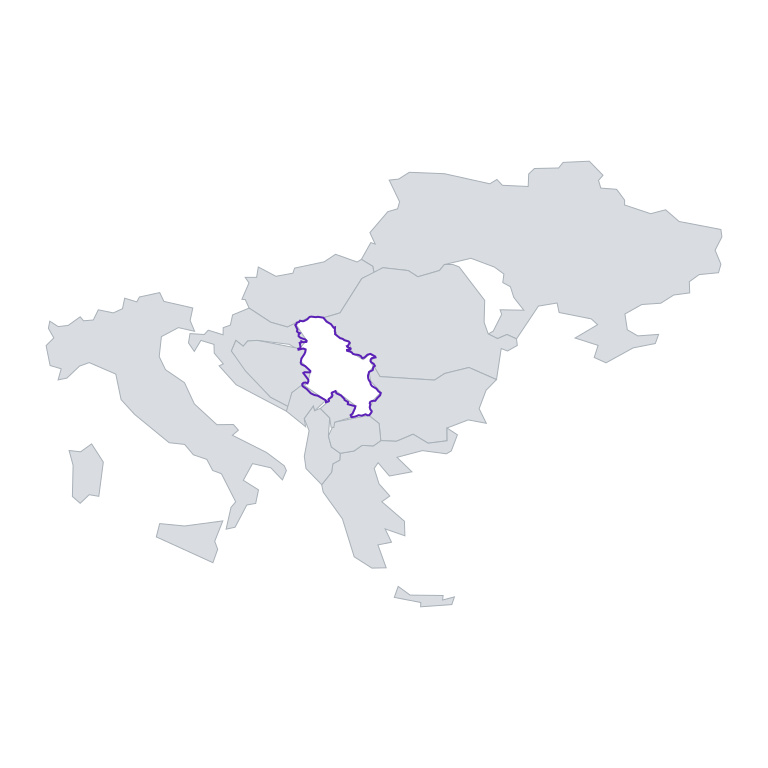 map of Republic of Serbia with Ukraine, Hungary, Romania and 9 others greyed out
{"feature_id": "SRB", "entity_name": "Republic of Serbia", "entity_type": "country or territory", "adm_level": 0, "iso_a3": "SRB", "parent_name": "Europe", "parent_adm1": "", "projection": "robinson", "projection_center": [20.755, 44.206], "detail": "medium", "context": "with_neighbors", "style": "outline", "palette": "violet", "viewbox_px": 768, "rotation_deg": 0, "n_neighbors": 12, "source": "natural_earth", "source_scale": "50m", "svg_char_len": 7149}
<svg xmlns="http://www.w3.org/2000/svg" viewBox="0 0 768 768"><path d="M627.3,329.8L637.8,335.9L658.6,334.4L655.3,343.5L633.1,347.9L606.0,362.8L594.2,357.5L598.1,345.4L575.1,338.0L597.6,324.7L591.3,318.9L559.1,312.5L557.1,303.0L538.4,306.1L516.5,338.9L507.0,334.5L497.5,338.6L488.2,333.9L493.2,331.2L501.7,314.4L500.1,309.8L523.8,310.2L513.8,297.4L510.4,286.7L502.8,282.6L503.9,274.0L494.5,267.1L471.0,258.3L444.4,264.5L439.5,270.5L417.8,276.8L408.3,270.6L382.8,267.7L374.1,273.1L372.7,266.3L361.4,259.4L370.8,242.6L375.2,244.1L369.9,232.6L387.8,211.7L397.6,208.8L399.6,201.8L389.2,180.1L398.6,179.1L409.3,172.3L444.4,173.7L489.8,183.8L496.9,179.5L502.4,185.3L528.2,186.5L528.7,174.0L534.4,168.5L558.6,168.0L563.1,162.4L589.3,161.2L603.0,175.3L598.5,180.4L600.8,188.1L616.6,189.3L624.6,200.1L624.6,205.0L650.7,213.7L665.6,209.8L679.1,221.5L720.9,229.5L721.9,236.9L715.1,250.2L720.9,264.2L718.5,272.7L699.1,274.6L689.3,281.7L689.7,292.9L673.7,295.0L660.8,303.2L641.8,304.5L624.9,314.0L627.3,329.8Z" fill="#d9dde1" stroke="#a8b0b8" stroke-width="1"/><path d="M361.4,259.4L372.7,266.3L374.1,273.1L361.8,278.5L340.0,312.9L323.6,317.7L310.9,316.6L287.4,327.0L270.6,322.2L249.1,308.1L245.3,299.6L241.9,299.3L249.0,282.9L245.2,277.4L256.6,277.4L258.3,267.0L275.9,276.3L292.9,273.2L294.6,268.1L324.2,261.8L335.5,254.3L357.1,262.0L361.4,259.4Z" fill="#d9dde1" stroke="#a8b0b8" stroke-width="1"/><path d="M488.2,333.9L497.5,338.6L507.0,334.5L516.5,338.9L517.3,345.4L507.5,351.0L501.2,348.5L496.5,379.6L468.9,367.5L444.6,373.5L434.5,380.1L380.0,376.6L370.1,361.5L374.9,357.2L369.7,354.0L363.3,359.7L351.2,352.3L349.6,341.7L337.0,335.8L334.7,327.7L323.6,317.7L340.0,312.9L361.8,278.5L382.8,267.7L408.3,270.6L417.8,276.8L439.5,270.5L444.4,264.5L452.9,264.5L459.2,267.0L484.7,300.4L484.1,322.3L488.2,333.9Z" fill="#d9dde1" stroke="#a8b0b8" stroke-width="1"/><path d="M373.9,366.0L380.0,376.6L434.5,380.1L444.6,373.5L468.9,367.5L496.5,379.6L486.1,390.2L479.1,408.7L486.3,423.3L468.2,419.9L447.0,428.0L447.1,440.8L428.1,443.2L413.1,434.2L396.4,441.3L380.8,440.6L379.1,423.5L368.6,415.3L372.0,411.7L369.7,408.6L373.1,400.4L381.0,392.4L370.8,381.3L368.9,371.9L373.9,366.0Z" fill="#d9dde1" stroke="#a8b0b8" stroke-width="1"/><path d="M454.4,596.9L451.8,604.6L420.6,606.8L420.8,602.5L394.3,597.4L398.2,586.4L410.1,595.1L443.1,595.5L442.6,600.0L454.4,596.9ZM380.8,440.6L396.4,441.3L413.1,434.2L428.1,443.2L447.1,440.8L447.0,428.0L457.4,434.8L451.3,450.9L446.4,453.8L422.5,450.6L397.0,457.3L411.9,471.8L389.4,476.0L378.1,462.7L374.2,468.4L379.0,483.8L389.8,496.0L381.8,501.7L404.4,521.2L404.9,535.8L385.1,528.9L391.5,542.2L377.9,544.9L386.2,567.8L371.9,568.1L354.2,556.8L342.4,518.8L323.2,492.1L321.7,484.7L331.6,472.2L332.9,463.8L339.8,460.1L340.2,453.3L354.0,451.0L362.0,445.4L373.4,445.9L380.8,440.6Z" fill="#d9dde1" stroke="#a8b0b8" stroke-width="1"/><path d="M340.2,453.3L339.8,460.1L332.9,463.8L331.6,472.2L321.7,484.7L306.0,468.5L304.3,456.3L309.1,430.7L304.2,418.5L313.4,405.8L314.7,410.7L320.3,408.4L329.7,417.9L328.4,436.0L331.4,447.0L340.2,453.3Z" fill="#d9dde1" stroke="#a8b0b8" stroke-width="1"/><path d="M249.1,308.1L270.6,322.2L287.4,327.0L295.1,323.2L306.5,340.3L298.5,349.9L289.2,344.3L257.4,340.4L247.7,341.0L243.2,346.2L235.9,340.4L231.4,351.0L270.4,397.1L288.8,406.8L286.4,411.2L236.1,384.7L219.1,365.8L223.3,363.9L214.2,353.1L214.0,344.4L200.9,340.4L194.3,351.4L188.5,342.9L190.0,333.6L204.3,334.5L208.2,330.2L223.1,334.8L223.2,327.7L230.4,325.1L232.6,314.9L249.1,308.1Z" fill="#d9dde1" stroke="#a8b0b8" stroke-width="1"/><path d="M124.7,298.2L136.8,301.9L139.4,297.0L159.7,292.6L163.9,301.4L192.8,308.0L190.1,320.5L194.6,331.3L178.4,327.6L161.4,336.6L159.2,356.6L165.5,369.7L184.5,382.7L194.3,403.9L216.9,424.7L233.4,424.5L238.4,430.2L232.4,435.3L266.4,452.4L284.3,465.8L286.4,470.6L282.4,479.9L270.8,467.8L252.5,463.6L243.3,480.3L258.5,489.9L255.7,503.4L246.8,505.0L235.1,527.2L226.1,529.2L231.0,507.4L235.7,501.8L221.4,473.7L212.7,470.5L206.8,459.4L193.4,454.8L184.6,444.4L169.1,442.7L134.6,414.4L121.1,399.6L115.8,374.1L89.2,362.6L79.5,366.1L66.9,378.1L58.1,379.9L61.2,368.8L50.1,365.5L46.1,345.6L53.8,337.9L48.4,328.3L49.8,321.2L58.2,326.6L68.2,325.4L80.2,316.8L83.5,320.8L93.3,320.0L98.3,309.8L113.3,312.9L122.5,308.7L124.7,298.2ZM184.6,526.0L222.8,520.9L214.7,541.3L217.7,549.3L212.9,562.7L156.3,536.9L159.7,523.6L184.6,526.0ZM80.6,451.8L91.6,443.9L103.3,462.1L98.8,496.3L89.2,494.7L80.2,503.3L72.4,496.5L73.1,465.3L69.1,450.5L80.6,451.8Z" fill="#d9dde1" stroke="#a8b0b8" stroke-width="1"/><path d="M288.8,406.8L270.4,397.1L245.5,371.0L231.4,351.0L235.9,340.4L243.2,346.2L247.7,341.0L257.4,340.4L306.0,349.9L300.7,361.2L310.6,371.1L307.6,383.2L291.9,392.6L288.8,406.8Z" fill="#d9dde1" stroke="#a8b0b8" stroke-width="1"/><path d="M368.6,415.3L379.1,423.5L380.8,440.6L373.4,445.9L362.0,445.4L354.0,451.0L340.2,453.3L331.4,447.0L328.4,436.0L334.7,422.2L368.6,415.3Z" fill="#d9dde1" stroke="#a8b0b8" stroke-width="1"/><path d="M325.9,400.4L314.7,410.7L313.4,405.8L304.2,418.5L305.6,426.7L286.4,411.2L291.9,392.6L302.7,384.3L325.9,400.4Z" fill="#d9dde1" stroke="#a8b0b8" stroke-width="1"/><path d="M331.1,427.2L329.7,417.9L320.3,408.4L329.2,400.8L332.1,392.2L335.8,390.8L355.9,406.0L351.8,417.2L334.7,422.2L333.8,427.5L331.1,427.2Z" fill="#d9dde1" stroke="#a8b0b8" stroke-width="1"/><path d="M347.1,350.8L350.4,351.7L352.0,352.6L352.8,353.8L354.9,354.5L358.4,354.9L360.8,356.1L362.2,358.1L364.4,357.6L367.5,354.7L370.5,353.9L375.2,356.5L375.5,357.4L371.7,358.2L370.7,359.5L370.5,360.9L371.3,362.3L373.7,363.9L374.9,365.9L373.3,367.1L372.7,370.1L369.1,371.9L368.0,375.6L368.1,377.7L368.6,379.6L370.3,382.3L370.8,384.4L372.0,386.1L376.4,388.7L378.4,391.3L380.8,393.0L380.1,395.3L377.2,398.2L375.3,400.8L372.2,400.9L370.3,401.8L369.7,403.2L370.3,404.2L369.7,407.3L370.4,409.5L371.7,411.1L371.5,412.2L369.4,415.1L367.8,415.4L365.6,414.3L361.7,415.7L358.6,415.2L355.2,416.6L351.5,417.2L350.6,415.1L352.5,413.6L355.0,408.2L355.4,406.3L347.8,404.2L348.1,402.1L344.6,400.0L344.3,398.9L340.9,395.4L336.4,393.3L335.5,391.1L331.8,392.7L331.6,393.2L332.5,395.2L331.8,396.9L328.7,399.0L328.4,399.7L329.0,400.9L328.6,401.4L326.0,402.2L325.9,400.5L324.4,399.5L317.7,395.7L314.3,395.0L310.8,393.3L306.7,389.0L302.6,386.2L302.2,384.1L303.4,382.8L305.6,382.5L307.5,383.3L308.4,381.2L308.3,379.7L303.3,373.0L304.5,372.2L309.6,372.4L310.3,371.8L310.3,370.9L305.3,366.2L301.4,364.3L300.7,362.8L301.4,358.5L304.4,354.1L305.3,352.0L305.6,349.4L303.3,348.5L298.5,349.7L298.3,348.8L300.2,348.2L300.5,347.0L299.7,342.8L301.1,342.5L301.3,341.3L302.7,342.1L304.7,342.1L306.4,341.9L306.7,340.9L305.3,339.5L300.4,337.8L298.6,336.2L298.7,334.5L299.9,333.2L297.6,332.2L296.9,331.1L297.5,329.7L295.3,325.1L296.4,324.3L296.7,322.7L299.0,322.0L300.0,320.7L302.9,321.3L304.3,320.9L307.3,319.3L309.5,317.0L311.2,316.6L316.0,317.2L317.8,316.8L323.4,317.7L326.5,321.6L331.0,324.2L333.6,327.7L335.0,327.3L334.8,331.2L335.2,332.7L335.0,334.0L335.4,334.4L340.1,338.2L342.7,338.9L344.3,340.2L348.5,341.4L349.7,342.6L349.7,343.2L348.6,344.4L348.3,345.5L346.9,346.1L347.4,347.0L350.6,348.4L350.6,348.9L350.3,349.4L347.0,349.9L347.1,350.8Z" fill="none" stroke="#5b21b6" stroke-width="2"/></svg>